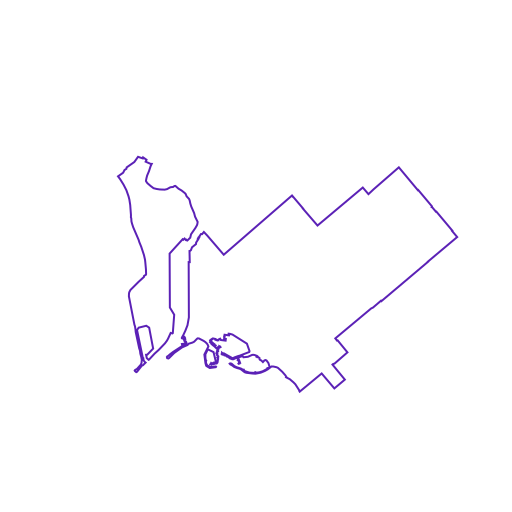 the district of Fremantle, Western Australia, Australia, rotated 320°
{"feature_id": "25037944B1530675969406", "entity_name": "Fremantle", "entity_type": "district", "adm_level": 2, "iso_a3": "AUS", "parent_name": "Australia", "parent_adm1": "Western Australia", "projection": "albers", "projection_center": [115.749, -32.052], "detail": "fine", "context": "isolated", "style": "outline", "palette": "violet", "viewbox_px": 512, "rotation_deg": 320, "n_neighbors": 0, "source": "geoboundaries", "source_scale": "gbopen_adm2", "svg_char_len": 6144}
<svg xmlns="http://www.w3.org/2000/svg" viewBox="0 0 512 512"><g transform="rotate(320 256 256)"><path d="M422.3,370.8L422.3,362.8L422.7,362.8L422.7,337.9L422.3,337.8L422.3,331.9L422.0,331.5L422.7,331.0L422.7,309.7L422.3,309.7L422.4,279.9L389.0,280.5L381.9,280.9L381.8,272.2L322.7,272.2L322.4,249.8L322.6,249.8L322.5,233.3L322.3,233.4L322.3,232.8L232.1,234.3L231.8,209.0L231.5,204.1L228.8,204.6L228.0,203.8L224.4,204.8L224.6,205.2L223.3,205.7L223.2,205.1L222.3,205.5L222.4,206.1L218.8,207.2L217.7,208.3L212.6,208.2L209.9,209.7L208.9,209.7L208.3,209.4L201.3,218.1L200.5,217.4L165.1,259.9L159.0,265.0L153.9,267.8L149.6,269.8L146.7,270.9L146.4,271.3L146.8,271.6L148.8,271.3L149.2,271.8L149.0,272.9L147.0,272.7L147.0,273.1L148.6,273.3L148.4,274.2L147.0,274.1L146.8,274.9L147.2,275.0L147.0,275.5L146.5,275.4L146.4,276.3L147.3,276.7L147.0,277.6L146.1,278.0L142.7,275.8L142.5,276.2L146.0,278.5L145.7,279.0L144.6,278.2L143.3,277.7L130.8,276.2L126.8,276.0L124.6,276.1L123.5,275.9L122.8,276.1L122.3,277.2L123.0,278.2L123.9,278.3L131.0,277.7L140.7,278.5L146.4,280.2L147.7,279.8L151.7,281.5L153.5,281.9L157.7,281.5L158.4,281.6L159.3,282.5L161.3,287.3L161.9,289.4L162.1,291.5L162.0,292.8L161.4,294.7L153.1,298.3L148.4,305.6L147.4,307.8L147.3,308.4L148.6,312.1L153.7,315.3L154.2,315.2L154.2,314.8L149.7,311.7L149.5,311.1L149.0,310.8L148.3,308.6L148.8,306.2L149.7,304.7L150.6,304.2L150.7,303.4L151.7,301.6L154.0,298.8L159.1,296.5L161.7,302.3L157.1,311.6L156.7,311.7L156.3,311.1L155.1,310.9L154.9,310.5L154.4,310.7L153.9,310.2L153.0,310.0L152.9,309.4L152.5,309.7L152.3,309.3L151.4,309.6L152.2,310.2L152.2,310.5L152.7,310.4L153.6,310.8L153.6,311.3L154.7,311.6L154.9,311.9L155.1,311.8L156.3,312.6L157.1,312.7L157.1,313.0L157.8,312.9L158.7,312.4L159.0,311.9L159.8,311.3L159.8,310.9L160.1,310.7L160.4,310.8L160.7,310.2L161.4,309.9L161.3,309.4L162.0,309.0L161.7,308.8L162.1,308.7L162.4,308.0L162.6,307.9L162.5,307.5L162.8,307.0L162.7,306.9L163.0,306.7L162.9,306.2L163.5,306.0L163.4,305.6L163.9,305.3L163.7,305.0L164.1,304.9L163.8,304.7L164.3,304.5L164.2,303.9L164.3,304.1L164.7,303.9L164.7,304.1L165.4,304.1L165.4,304.5L165.7,304.6L166.0,303.9L165.6,303.5L166.5,302.7L166.7,302.9L166.9,302.7L167.2,303.1L167.5,302.7L167.9,302.8L168.1,302.6L168.9,302.6L170.2,303.0L170.4,302.4L170.2,302.0L170.1,302.3L169.9,302.1L169.7,301.6L166.3,301.1L166.1,299.0L167.6,298.6L167.4,298.0L166.0,298.2L165.7,296.9L167.4,296.6L167.2,295.8L165.6,296.2L165.4,294.9L167.0,294.5L166.9,293.8L165.6,294.1L165.5,293.2L165.7,293.3L166.1,291.8L166.6,291.9L166.7,291.1L168.1,291.2L168.1,291.7L168.8,291.7L168.9,291.2L170.0,291.4L171.6,293.5L171.1,293.9L171.8,294.8L171.6,295.0L172.1,295.7L172.3,295.5L173.1,296.4L173.7,295.9L175.4,296.3L175.1,297.8L178.3,301.3L179.6,300.1L178.5,298.8L180.0,297.7L179.7,297.3L181.3,296.1L184.3,299.5L184.9,299.2L184.4,298.5L185.1,297.9L186.1,299.0L187.5,301.1L192.7,317.3L189.9,324.7L189.1,325.2L178.1,321.4L178.1,321.2L174.0,319.7L173.5,319.8L172.7,319.4L172.5,319.6L172.4,319.1L171.9,318.8L171.8,317.9L168.8,309.9L167.9,309.0L167.8,308.5L167.6,308.8L167.2,308.6L166.6,309.1L166.8,309.9L167.5,310.4L167.9,311.1L167.9,311.8L168.5,312.3L169.1,313.8L169.1,314.4L169.4,314.6L169.9,316.0L170.1,317.0L170.4,317.3L170.2,317.6L171.4,319.8L172.4,320.6L175.2,321.3L176.4,322.0L175.9,322.6L175.7,323.8L175.3,324.0L175.6,324.3L175.1,325.2L175.0,326.2L174.3,326.9L173.4,327.1L173.4,327.4L174.3,327.8L174.6,327.5L175.1,327.7L177.0,322.3L181.4,324.0L181.3,325.5L185.0,328.0L189.5,329.3L190.7,330.2L191.5,331.3L192.1,332.4L191.8,333.0L192.5,333.1L192.7,333.8L192.7,334.1L192.1,334.5L192.8,335.3L193.1,336.4L192.3,337.5L192.4,338.5L192.9,339.3L193.1,341.7L195.3,341.4L195.9,341.6L196.5,341.9L196.9,342.9L196.7,346.0L195.0,350.0L193.4,349.8L192.7,349.2L192.3,349.5L191.3,349.5L187.0,348.6L183.8,347.2L181.7,345.9L180.9,345.3L181.0,344.8L180.8,344.5L180.2,344.8L179.2,344.1L176.1,341.2L173.6,337.3L173.3,336.4L173.6,335.2L172.9,334.7L172.1,332.5L169.7,328.8L168.7,326.5L168.1,322.9L167.6,322.0L166.8,321.5L166.6,321.5L166.6,322.4L167.5,324.7L168.0,327.0L169.5,329.7L171.1,332.0L171.6,333.1L172.6,337.7L173.5,339.2L177.7,343.7L179.9,345.8L184.6,348.4L189.0,349.8L192.3,350.4L196.9,350.6L198.4,352.0L200.3,354.5L200.9,355.8L201.7,361.6L201.8,366.2L201.5,368.5L201.2,368.5L202.7,372.1L203.5,376.9L203.7,379.5L202.7,387.4L202.4,387.4L202.3,388.0L230.8,388.2L230.9,407.8L244.6,407.8L244.8,388.3L245.7,388.3L247.0,388.9L264.1,388.6L264.3,373.1L263.7,372.9L263.8,370.1L310.6,370.2L312.4,370.7L323.0,370.6L323.0,371.2L384.1,371.0L384.1,370.8L422.3,370.8ZM201.5,106.3L201.3,109.8L200.4,116.2L199.0,122.3L196.7,128.4L195.2,131.5L192.4,136.1L186.5,144.3L185.0,146.0L184.7,146.9L182.8,149.5L181.8,151.6L180.4,155.1L176.5,168.1L175.5,170.5L174.0,175.2L170.8,183.2L168.6,187.5L167.0,189.9L163.1,195.5L160.2,199.2L159.6,199.6L157.5,199.3L156.7,200.0L149.5,200.3L138.0,201.3L135.6,202.3L134.5,203.2L132.7,205.2L121.9,224.7L118.7,230.5L118.1,232.1L116.4,234.9L115.0,236.9L107.2,251.6L106.3,253.9L104.6,256.5L103.2,259.6L101.8,262.1L99.5,264.4L97.9,265.2L92.3,266.0L90.1,265.6L89.4,265.8L89.3,266.4L89.6,268.0L90.3,268.2L91.0,268.1L98.2,266.6L99.2,267.0L102.9,266.7L102.7,265.7L102.8,263.8L104.0,261.8L103.7,261.5L117.3,236.2L120.1,235.5L127.1,238.9L128.1,242.2L117.7,260.8L109.3,261.7L108.3,261.0L106.7,264.0L107.0,266.5L107.5,266.6L115.6,265.6L121.1,265.4L130.1,264.4L133.4,263.6L135.5,262.8L141.2,260.1L142.2,261.6L142.7,261.6L155.6,248.4L156.9,240.1L191.4,198.6L210.6,196.0L210.7,196.8L212.5,196.7L212.5,198.5L213.0,198.6L212.9,199.3L213.3,200.0L217.4,199.7L220.2,197.6L227.5,195.6L230.5,194.5L231.5,193.9L233.2,192.4L234.6,186.7L236.2,183.3L238.2,176.5L239.4,173.6L240.9,170.8L241.4,169.2L241.2,165.7L242.0,163.2L241.9,161.9L241.1,158.0L239.9,154.6L239.3,150.5L238.6,150.0L236.8,149.8L235.1,148.6L234.1,148.2L230.9,147.6L229.7,147.0L228.6,146.4L225.1,143.2L222.9,140.7L221.1,138.2L220.3,134.7L219.6,130.4L219.8,128.1L220.2,127.5L222.2,125.9L224.3,124.4L228.6,122.2L232.9,119.5L235.3,118.4L234.5,117.7L232.1,112.8L234.0,111.9L232.9,107.9L232.0,108.5L229.4,104.2L223.2,105.8L213.9,105.0L212.7,105.9L210.6,105.6L207.8,106.8L201.5,106.3Z" fill="none" stroke="#5b21b6" stroke-width="2"/></g></svg>